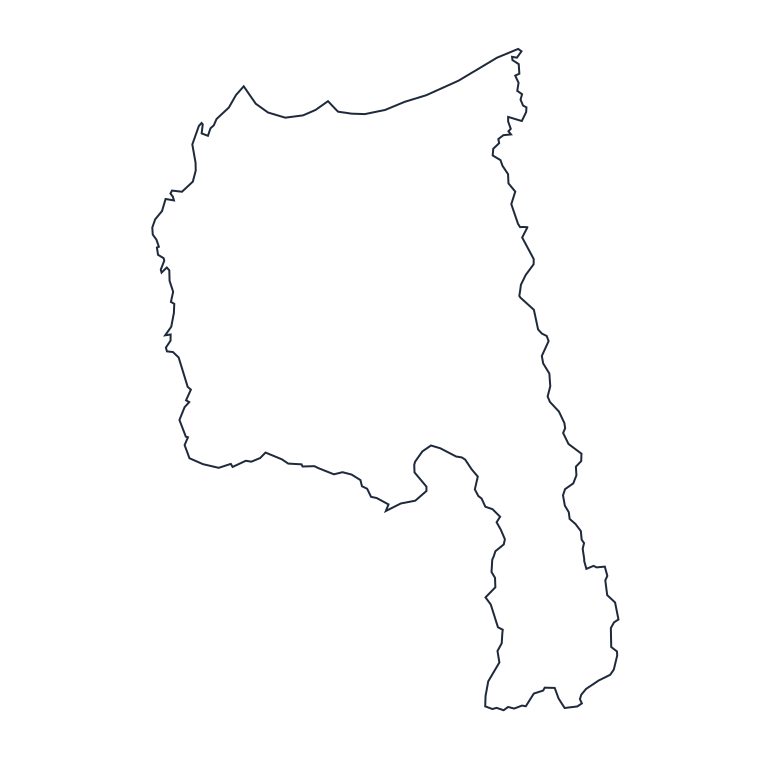 outline of Juana Díaz, Puerto Rico, rotated 178°
{"feature_id": "32010507B98584278063898", "entity_name": "Juana Díaz", "entity_type": "district", "adm_level": 2, "iso_a3": "PRI", "parent_name": "Puerto Rico", "parent_adm1": "", "projection": "natural_earth1", "projection_center": [-66.503, 18.064], "detail": "fine", "context": "isolated", "style": "outline", "palette": "slate", "viewbox_px": 768, "rotation_deg": 178, "n_neighbors": 0, "source": "geoboundaries", "source_scale": "gbopen_adm2", "svg_char_len": 3298}
<svg xmlns="http://www.w3.org/2000/svg" viewBox="0 0 768 768"><g transform="rotate(178 384 384)"><path d="M238.2,714.2L259.6,706.2L299.0,684.5L331.8,671.1L346.7,667.1L353.4,665.3L373.5,657.8L379.0,656.9L391.4,654.8L393.6,654.4L399.5,654.8L407.0,655.3L413.9,656.6L416.4,657.0L420.5,657.8L425.7,663.6L430.1,668.6L442.8,660.3L455.5,655.3L473.3,653.6L477.2,654.9L490.5,659.4L502.4,668.6L508.2,677.6L513.8,686.4L521.8,678.0L529.4,665.7L542.1,654.7L545.1,648.4L548.5,645.6L551.3,638.2L557.5,640.8L556.1,649.8L557.2,651.2L560.0,648.4L567.2,630.1L564.6,611.7L564.7,603.9L568.0,592.9L579.2,583.2L589.1,584.7L590.8,581.8L588.5,578.6L587.5,574.8L595.8,576.5L599.8,564.6L606.9,556.6L610.1,548.5L609.9,541.4L606.4,536.2L604.2,529.0L606.2,528.3L605.3,521.0L599.8,517.4L599.3,514.9L603.1,506.1L602.4,503.1L597.0,508.0L594.6,505.1L594.7,494.6L591.5,483.5L594.1,473.5L590.8,471.4L591.5,462.4L594.6,448.7L601.0,440.3L595.5,440.9L595.8,434.8L600.7,428.0L599.8,424.2L593.8,423.3L588.3,417.7L580.3,388.0L577.2,385.1L582.4,374.6L579.3,372.7L584.1,367.8L589.7,355.2L583.9,338.3L581.8,337.6L585.4,329.9L581.0,316.6L567.7,310.2L552.1,306.0L539.9,309.5L538.2,306.4L524.8,312.1L519.3,311.0L510.4,314.3L504.8,319.6L488.7,312.3L482.5,307.8L469.2,306.6L468.3,304.4L456.4,304.3L452.3,302.1L437.2,295.5L428.5,297.3L419.5,294.6L410.9,288.8L409.6,282.6L404.5,279.9L400.9,271.7L395.3,270.3L383.7,263.5L386.6,257.0L371.4,264.0L356.8,266.3L345.3,275.6L345.2,280.0L356.6,294.6L356.6,302.2L355.6,305.3L348.0,315.3L339.2,320.9L330.0,317.8L314.4,309.0L308.8,307.9L305.5,305.6L299.4,295.7L293.5,288.2L296.9,275.5L293.6,268.7L290.5,266.2L287.0,257.8L279.9,255.1L272.6,247.3L276.3,241.9L272.4,234.4L268.6,224.6L269.9,219.5L278.5,213.0L280.5,207.5L281.5,205.7L282.0,204.2L283.1,192.3L279.8,186.4L279.8,177.0L290.0,167.2L285.0,159.9L278.6,136.9L273.9,134.3L274.4,131.1L275.4,120.8L279.9,113.2L278.4,101.7L290.2,83.2L293.4,68.7L294.1,58.3L287.0,55.4L282.8,56.4L275.8,53.8L271.3,56.9L265.2,55.1L257.3,57.8L253.5,57.0L245.1,69.4L235.6,72.1L234.0,74.9L224.0,74.3L220.5,63.6L214.8,53.9L202.1,55.0L197.4,57.9L199.2,62.2L197.7,66.6L192.7,72.2L179.8,80.2L168.1,85.5L164.3,90.6L160.4,104.6L160.5,108.6L166.1,113.2L165.8,132.2L162.4,137.8L157.9,140.5L160.7,157.6L168.3,165.2L169.7,180.0L167.5,184.4L169.7,193.8L177.8,193.3L181.0,194.9L188.2,192.2L190.1,200.1L190.0,201.9L191.2,212.5L189.6,218.0L191.9,221.5L192.4,230.1L197.6,237.5L203.2,242.7L203.8,249.4L207.5,256.1L209.0,266.5L206.7,272.6L198.3,278.1L194.9,286.0L195.1,294.7L189.6,300.1L189.1,307.5L201.7,317.6L206.7,328.8L204.5,333.5L205.1,338.7L210.1,350.3L218.8,360.3L220.9,365.8L217.9,376.0L218.4,388.7L224.2,399.0L225.3,406.5L218.0,421.1L219.7,426.3L224.5,428.9L228.1,433.1L231.6,452.9L244.6,465.5L245.7,467.3L244.6,473.0L243.7,478.4L238.6,488.0L230.3,498.4L230.0,503.6L240.8,525.6L235.3,535.4L235.3,535.7L239.8,536.1L242.5,536.0L244.5,539.4L250.5,559.3L246.1,571.7L252.6,580.1L252.7,589.4L258.1,598.1L258.2,598.7L259.8,603.7L267.4,608.6L266.6,615.3L260.5,620.7L261.2,624.8L256.0,628.5L248.4,629.0L250.8,632.2L248.4,634.6L250.8,642.1L250.6,646.6L237.1,642.0L232.4,650.9L232.0,655.5L235.3,657.4L237.6,663.4L235.9,668.8L240.6,672.3L239.0,680.3L242.1,687.6L237.9,689.4L238.2,699.0L244.3,703.2L244.6,706.5L239.8,705.5L235.0,711.7L238.2,714.2Z" fill="none" stroke="#1e293b" stroke-width="2"/></g></svg>